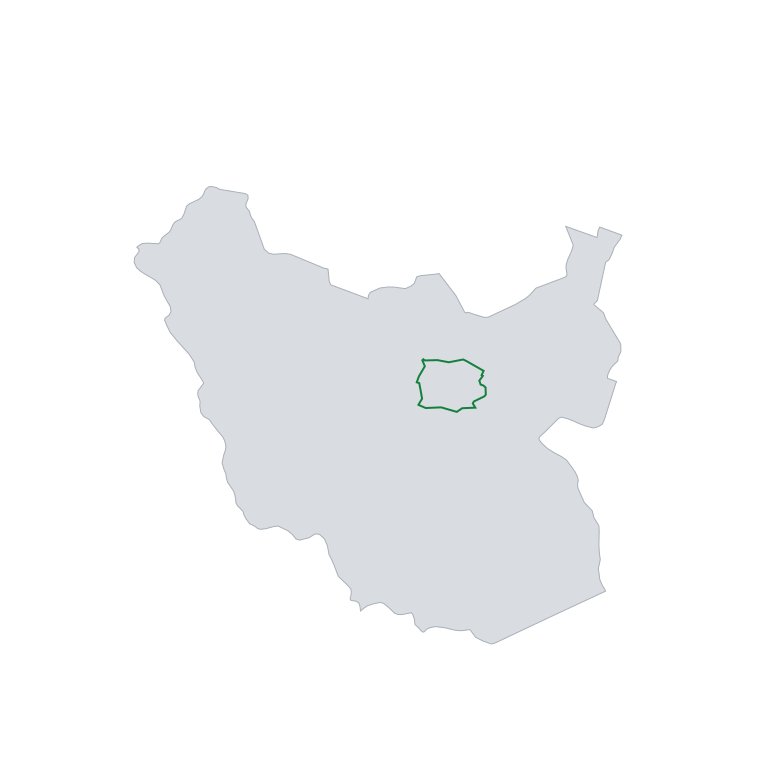 Ayod, Jonglei, South Sudan shown in context, rotated 20°
{"feature_id": "79223893B14285446390064", "entity_name": "Ayod", "entity_type": "district", "adm_level": 2, "iso_a3": "SSD", "parent_name": "South Sudan", "parent_adm1": "Jonglei", "projection": "orthographic", "projection_center": [30.968, 8.272], "detail": "fine", "context": "in_parent", "style": "outline", "palette": "green", "viewbox_px": 768, "rotation_deg": 20, "n_neighbors": 0, "source": "geoboundaries", "source_scale": "gbopen_adm2", "svg_char_len": 4223}
<svg xmlns="http://www.w3.org/2000/svg" viewBox="0 0 768 768"><g transform="rotate(20 384 384)"><path d="M598.2,567.9L577.7,588.7L576.2,589.9L573.7,591.6L565.4,591.7L556.8,590.7L548.8,585.4L540.8,589.5L535.7,590.9L532.6,591.4L525.4,592.1L515.4,594.3L510.8,597.1L508.3,599.3L506.3,603.4L505.3,603.8L503.4,603.3L500.8,601.7L495.4,599.4L492.7,594.2L490.2,591.1L488.1,589.5L479.6,594.6L475.5,595.9L472.1,595.7L465.8,592.8L459.0,590.4L455.5,590.4L450.2,593.5L444.2,598.1L441.1,602.6L439.6,605.3L437.5,601.2L435.5,598.6L432.6,597.6L426.8,598.6L425.5,597.1L425.2,593.6L424.3,590.3L422.9,587.9L418.4,585.4L407.0,580.5L398.3,570.5L393.8,565.9L390.6,563.0L386.1,555.2L380.9,549.8L374.6,547.3L370.4,548.5L366.1,554.2L358.0,559.6L354.3,559.7L349.5,556.8L343.6,554.7L332.9,553.7L328.4,556.2L322.6,560.3L317.7,562.8L314.6,563.0L311.8,562.0L308.6,561.5L305.8,561.4L300.1,557.6L297.1,554.8L295.2,552.1L291.9,550.3L288.2,548.7L285.5,546.3L284.1,543.3L282.0,539.5L279.3,536.1L270.6,529.8L268.0,526.2L266.2,522.6L262.6,518.7L258.8,513.4L257.7,505.8L257.5,499.6L256.8,496.7L255.2,493.9L253.3,491.4L250.3,488.7L243.2,484.6L235.9,480.0L232.4,477.3L225.7,476.2L221.7,473.5L218.4,467.7L217.1,463.1L213.8,459.5L212.3,456.9L211.6,453.9L214.3,444.8L210.5,441.5L204.7,437.2L200.6,432.6L198.2,428.3L190.8,422.7L174.8,414.2L165.5,408.7L160.5,403.9L156.1,399.2L155.7,397.2L158.6,392.6L159.1,388.8L156.8,384.5L147.3,376.4L139.7,367.6L133.9,364.7L120.0,362.1L116.0,361.1L111.8,359.3L107.7,355.3L106.4,350.6L108.6,343.2L107.3,340.9L105.0,340.2L105.6,338.7L108.3,335.1L112.7,332.8L124.3,329.3L125.0,327.9L125.3,323.2L126.3,321.0L130.3,314.6L130.9,312.0L131.2,306.5L131.8,304.0L133.0,302.1L136.2,299.0L137.3,297.0L137.9,292.8L137.7,284.5L139.4,281.2L146.8,273.8L148.8,270.4L149.5,267.4L149.5,264.3L150.0,261.3L152.2,258.4L154.0,257.5L159.4,256.7L163.0,257.3L188.6,252.5L191.6,253.2L192.9,256.3L192.7,261.2L193.1,263.6L194.4,265.3L198.4,267.7L201.2,271.6L202.6,273.0L206.7,275.8L225.4,298.3L230.8,300.5L236.0,299.8L246.4,295.2L251.6,294.1L287.8,295.7L291.8,295.1L292.1,295.2L297.5,306.4L300.1,309.0L339.9,309.4L339.1,306.2L339.7,302.6L346.7,295.8L347.7,295.0L353.9,291.8L359.9,289.6L371.4,287.1L375.7,283.0L378.0,279.3L378.1,272.1L379.6,270.9L382.4,269.2L395.7,262.7L398.0,261.4L421.5,276.5L434.7,288.5L435.5,289.1L436.2,289.3L436.9,288.9L437.5,288.4L439.1,287.8L444.8,287.7L455.5,287.1L459.0,285.6L480.4,264.2L485.9,257.4L487.2,256.0L490.3,251.1L493.6,242.8L494.2,241.8L517.6,221.7L518.4,220.1L518.7,218.9L515.1,212.2L514.3,208.7L514.1,203.5L514.8,195.3L514.5,190.1L514.2,188.7L514.0,188.4L500.9,173.7L533.9,173.5L533.9,171.6L533.8,171.0L533.2,169.3L532.8,166.9L532.8,165.6L533.0,164.4L533.0,163.7L532.9,163.1L532.9,162.9L533.1,162.7L556.7,162.8L556.4,167.0L553.6,176.8L553.7,182.7L553.1,189.4L552.3,191.4L551.1,193.0L550.7,193.8L550.7,194.6L555.9,232.1L555.6,233.7L554.3,236.0L553.9,236.8L553.9,237.4L554.4,237.8L565.4,241.8L565.9,242.0L566.3,242.4L570.3,247.2L592.0,264.8L592.8,265.7L595.1,271.3L595.3,272.2L595.4,273.5L595.4,274.5L594.9,277.9L595.1,279.4L595.4,280.4L595.7,281.6L595.7,281.9L595.6,282.8L592.4,289.3L591.4,293.9L591.1,297.7L591.3,300.0L591.7,301.4L592.0,302.0L592.3,302.2L601.7,302.2L601.6,304.2L603.1,338.1L603.2,342.0L602.9,346.8L601.8,348.6L599.2,351.4L595.8,353.8L587.4,354.5L580.4,354.5L575.4,354.0L568.6,353.8L562.2,354.4L559.8,356.5L551.4,374.6L548.8,379.1L548.1,381.7L548.9,383.3L552.3,385.6L559.6,388.7L567.9,390.5L574.2,391.3L578.4,392.2L581.7,393.1L593.6,401.2L597.5,405.0L599.6,408.4L600.1,412.0L601.9,415.6L612.7,426.8L623.1,432.0L627.1,438.0L630.9,440.9L634.6,444.0L636.5,448.6L641.1,462.1L644.2,469.2L647.3,475.0L648.6,484.5L651.0,488.7L653.6,493.8L657.8,498.4L662.2,501.9L663.0,502.9L618.5,547.4L598.2,567.9Z" fill="#d9dde1" stroke="#a8b0b8" stroke-width="1"/><path d="M423.5,391.8L431.4,392.3L445.7,386.4L461.9,385.3L465.8,380.0L477.9,375.0L474.1,371.9L474.4,369.7L482.6,361.2L483.3,359.2L480.6,352.5L477.8,351.4L475.0,351.5L472.4,348.2L474.1,342.6L472.7,342.3L473.1,337.6L453.4,334.2L450.0,333.9L437.5,341.4L426.0,343.3L414.3,347.9L412.5,347.3L411.9,348.6L415.5,352.5L416.3,353.4L414.2,364.8L414.2,371.2L416.8,371.1L420.9,378.0L424.8,384.8L423.8,389.9L423.5,391.8Z" fill="none" stroke="#15803d" stroke-width="2"/></g></svg>